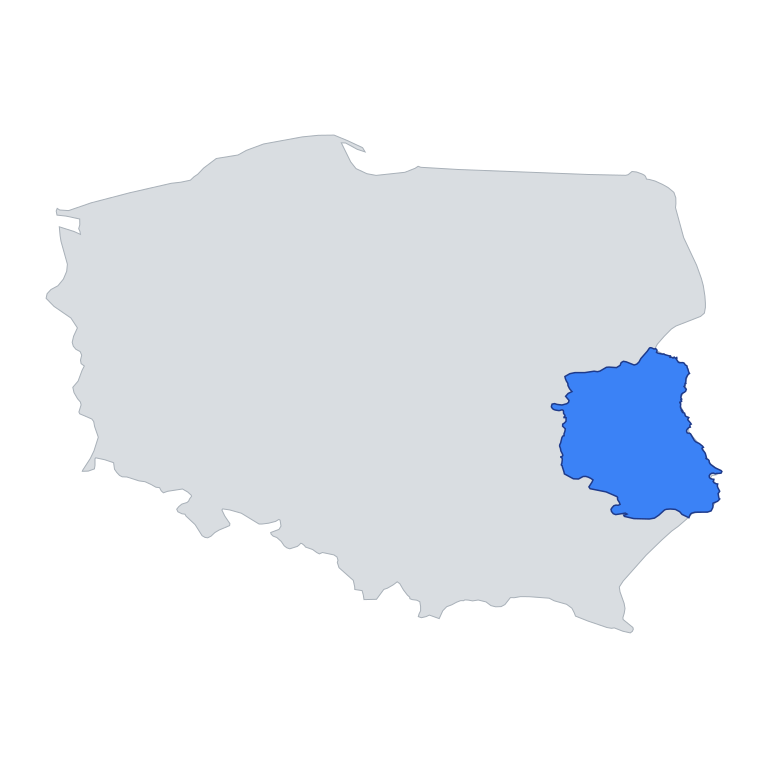 Lublin highlighted on a map of Poland
{"feature_id": "POL-3151", "entity_name": "Lublin", "entity_type": "Voivodeship", "adm_level": 1, "iso_a3": "POL", "parent_name": "Poland", "parent_adm1": "", "projection": "equal_earth", "projection_center": [23.045, 51.304], "detail": "fine", "context": "in_parent", "style": "filled", "palette": "blue", "viewbox_px": 768, "rotation_deg": 0, "n_neighbors": 0, "source": "natural_earth", "source_scale": "10m", "svg_char_len": 7445}
<svg xmlns="http://www.w3.org/2000/svg" viewBox="0 0 768 768"><path d="M684.9,414.3L688.5,420.3L690.0,424.9L688.5,428.6L689.0,432.3L702.6,448.2L707.8,459.7L711.1,464.3L718.7,470.1L719.4,472.5L716.4,474.8L711.9,475.6L710.7,477.7L715.4,483.2L718.7,492.4L718.5,499.9L715.9,501.8L712.7,506.3L710.5,510.4L692.5,513.3L688.2,517.7L678.4,526.2L671.7,531.1L661.8,540.0L646.1,555.2L623.2,581.0L619.3,587.0L620.0,591.8L624.1,603.3L625.0,608.5L624.2,613.3L622.9,617.6L623.1,619.5L632.9,627.5L633.3,629.2L632.4,631.3L630.3,632.9L622.8,631.2L614.3,627.9L611.5,628.3L606.9,627.5L588.1,621.1L575.5,616.1L574.3,612.9L571.9,608.2L566.6,604.3L554.2,600.8L549.2,598.2L529.2,596.7L520.5,596.6L514.3,597.7L510.4,597.6L504.9,604.6L501.1,606.6L495.6,606.8L490.9,605.6L486.0,601.9L478.2,600.0L472.6,600.9L468.4,600.1L464.8,599.9L463.6,600.7L460.7,600.6L456.4,602.3L451.8,604.8L446.7,606.7L442.8,610.7L439.2,618.6L429.4,615.1L426.1,616.6L421.4,617.7L418.3,616.6L419.1,613.8L420.6,610.8L420.6,606.5L419.8,601.7L416.8,600.2L412.2,599.6L409.9,598.7L409.7,597.1L407.4,595.1L403.5,590.0L399.8,583.7L397.2,581.8L393.3,584.8L387.4,588.2L383.8,589.4L376.5,599.3L364.0,599.6L363.3,595.0L362.1,590.6L354.8,589.5L354.7,586.9L353.3,580.4L339.0,567.7L337.3,562.4L338.0,560.3L337.0,557.0L333.9,554.9L322.4,552.5L319.4,553.9L316.7,552.5L312.6,549.5L305.4,547.0L304.6,545.7L302.0,543.6L300.6,543.3L299.6,544.6L297.4,546.4L289.8,548.8L286.8,547.8L284.2,545.8L281.2,541.4L276.8,537.5L273.1,536.1L271.1,534.1L270.7,532.5L279.0,529.4L281.0,526.1L280.1,520.2L278.9,519.4L275.6,521.4L268.6,523.2L262.2,524.0L259.0,524.0L241.3,513.2L229.6,509.9L222.7,508.9L221.9,510.0L224.8,516.1L229.9,523.6L229.6,525.6L219.2,530.0L214.8,532.6L211.0,536.2L207.7,537.8L205.0,537.4L202.1,535.7L195.1,524.6L186.0,516.1L185.0,514.2L182.0,513.8L177.9,511.8L176.7,509.2L178.9,506.5L181.8,504.1L187.0,502.5L188.6,501.1L189.6,498.9L191.6,496.2L191.2,495.2L187.7,492.0L182.5,489.0L167.6,491.3L163.4,492.8L161.2,490.8L159.6,487.7L155.9,487.2L150.9,484.4L145.0,481.7L139.1,480.9L126.9,477.0L122.2,476.8L119.5,475.4L116.8,472.5L114.5,469.2L113.6,462.7L104.6,459.7L95.7,457.8L95.0,458.8L95.0,465.4L94.4,468.9L88.3,471.1L82.3,471.3L82.7,470.2L90.4,458.3L94.0,450.8L98.3,437.2L94.6,426.5L93.7,421.5L91.8,419.0L79.7,413.8L78.9,412.0L81.1,404.9L80.4,402.0L77.6,398.8L74.0,392.6L72.8,387.3L78.1,381.1L82.1,370.3L84.3,366.0L81.1,363.6L80.5,360.1L81.7,355.2L80.2,351.6L75.9,349.3L73.3,346.2L72.2,342.3L73.6,336.2L77.4,327.9L70.9,318.0L54.0,306.4L46.1,298.3L47.1,293.7L51.0,289.5L57.9,285.8L63.4,279.1L66.7,271.3L67.4,264.2L61.0,241.3L60.1,235.6L59.3,226.8L74.3,231.6L80.5,234.4L79.9,231.3L78.7,228.7L79.8,224.8L79.7,219.0L66.1,216.1L57.0,215.1L56.2,211.0L57.2,208.4L59.7,210.0L68.6,210.6L91.2,202.8L130.0,192.7L171.2,183.3L180.8,182.2L190.4,180.2L194.1,176.7L197.7,174.3L203.6,168.1L216.3,158.5L238.0,155.0L246.3,150.4L263.5,144.0L302.2,136.9L318.4,135.3L334.1,135.1L347.9,140.8L362.6,147.7L365.1,151.9L357.2,149.3L345.6,143.0L341.3,142.8L350.7,161.9L356.0,168.6L366.9,173.7L376.1,175.4L404.9,172.3L415.1,168.3L418.1,166.3L420.8,167.3L458.2,169.5L588.4,174.5L625.8,175.3L628.1,174.7L632.0,171.5L636.6,172.0L642.1,174.0L644.7,175.4L645.8,177.1L646.5,179.1L649.5,179.5L655.0,181.0L662.5,184.4L668.3,187.7L673.9,192.4L675.8,197.8L675.9,203.8L675.5,207.7L683.7,237.7L696.6,265.2L701.4,278.6L703.3,285.7L704.9,296.1L705.4,303.3L705.4,307.4L704.4,313.1L700.6,316.4L676.0,326.0L671.4,329.0L664.1,336.4L657.4,344.1L655.9,346.8L655.5,348.5L657.0,351.0L665.8,355.2L674.7,358.5L677.6,361.0L684.2,364.2L686.6,367.0L687.9,369.5L687.8,375.3L684.9,383.3L686.1,389.3L683.1,393.3L680.7,397.8L680.3,405.7L684.9,414.3Z" fill="#d9dde1" stroke="#a8b0b8" stroke-width="1"/><path d="M655.5,348.6L656.0,349.0L656.8,349.8L657.0,350.9L656.5,352.4L658.0,353.2L662.9,354.2L663.9,353.9L664.8,354.6L669.0,355.8L670.4,355.9L670.4,356.5L669.9,357.2L670.1,357.4L671.1,357.1L672.0,357.4L672.6,357.9L673.2,358.0L674.1,357.1L674.4,357.5L675.1,357.9L675.5,358.3L676.7,357.5L676.9,358.1L676.7,359.1L676.5,359.4L678.4,362.3L679.7,362.7L682.9,362.6L684.2,363.2L684.6,363.8L685.0,364.5L685.4,365.1L686.0,365.3L686.8,365.7L687.1,366.7L687.2,367.7L687.8,368.8L688.7,372.0L689.5,373.5L688.5,374.1L687.6,375.2L686.3,377.6L685.9,379.1L685.8,381.9L685.4,382.9L685.7,383.0L685.8,383.0L685.9,383.5L685.0,383.8L684.8,385.7L684.0,386.4L685.1,387.9L686.3,389.3L685.6,391.3L684.3,392.3L682.9,393.0L681.7,394.0L681.4,394.6L681.2,395.5L680.8,397.5L681.0,398.0L681.5,398.6L681.7,399.1L681.0,399.3L680.8,399.6L681.0,400.1L681.4,400.7L681.7,401.1L680.9,401.9L680.5,402.1L679.8,402.2L679.8,402.8L680.6,403.5L680.7,404.3L680.4,406.7L680.6,407.9L681.2,409.1L682.7,411.1L682.2,411.2L681.8,411.1L682.6,412.5L683.7,412.8L684.6,413.2L684.9,414.4L685.0,414.9L685.5,416.1L686.6,416.7L687.8,417.1L688.8,417.6L687.7,419.3L687.8,419.8L690.6,423.1L691.2,424.1L690.4,424.4L689.9,425.0L689.8,425.9L690.3,427.1L689.0,427.5L687.8,428.5L686.9,429.7L686.5,430.9L687.0,432.7L688.0,433.2L689.4,433.2L690.5,433.8L694.3,440.4L695.9,441.9L699.4,443.6L702.6,446.2L703.4,447.3L702.3,447.8L702.0,448.6L703.0,450.3L704.8,452.5L705.4,453.7L706.3,457.3L706.3,457.8L706.0,458.5L706.5,458.9L707.4,459.1L708.2,459.6L709.0,460.5L709.2,461.2L709.2,462.0L709.6,463.1L710.7,464.5L715.3,467.9L721.0,470.5L721.9,471.5L721.1,473.1L719.0,473.4L716.7,473.4L715.3,473.9L713.5,473.1L711.6,473.3L710.1,474.3L709.2,475.8L709.4,477.4L710.4,478.5L712.0,479.1L713.9,479.3L713.9,479.9L713.1,481.4L714.0,482.7L715.9,483.7L717.7,484.0L717.3,486.0L717.9,487.8L719.7,491.2L719.7,491.3L718.1,493.5L718.8,497.6L719.3,498.8L719.7,499.0L718.7,500.2L717.5,501.3L713.0,503.2L712.9,504.3L713.0,505.9L712.9,507.1L712.6,508.0L711.1,510.9L707.5,512.1L695.0,512.2L692.6,512.9L691.4,513.3L690.5,514.1L689.8,515.4L688.9,517.7L682.0,514.4L679.7,511.7L675.4,509.4L670.3,509.0L666.4,509.3L664.6,509.9L658.9,515.1L654.5,518.1L649.3,519.0L633.8,518.6L624.4,516.4L623.7,515.1L626.1,514.6L627.1,514.1L625.3,513.1L615.7,514.6L613.3,513.7L611.5,511.5L611.0,509.3L612.2,507.5L613.9,505.7L616.0,505.1L618.2,505.3L620.1,504.4L619.3,502.3L617.7,499.8L617.5,498.6L617.6,497.4L616.9,496.6L606.1,491.9L590.1,488.7L588.9,486.9L592.0,482.1L593.0,479.9L590.8,478.4L588.4,477.2L585.8,476.4L583.1,476.5L578.5,479.0L573.4,478.8L564.4,473.9L564.0,472.0L562.3,466.7L562.2,465.9L562.1,465.6L561.8,465.4L561.4,465.2L561.3,464.7L561.4,464.1L561.6,463.9L561.7,463.7L561.8,463.5L562.3,459.7L562.1,458.0L560.9,457.3L560.9,456.7L561.4,456.6L562.0,456.4L562.5,456.0L562.8,455.5L562.6,454.3L560.9,451.0L560.4,448.2L559.8,446.7L559.6,446.0L559.7,445.0L560.0,444.2L560.6,443.0L561.9,437.6L562.7,436.2L563.4,435.8L564.1,435.7L564.0,433.9L564.9,431.3L565.3,428.8L562.6,426.2L562.7,424.1L564.3,423.1L566.0,421.3L566.1,417.7L564.0,417.6L564.0,417.0L565.1,416.0L564.8,415.0L563.6,413.5L563.5,412.2L563.5,411.3L563.3,410.5L562.3,409.9L561.6,409.9L559.9,410.5L558.7,410.6L555.2,410.0L553.3,409.3L552.3,408.3L551.5,407.2L551.4,406.3L552.1,404.1L554.6,403.6L557.0,404.4L562.0,405.0L566.8,403.7L568.5,402.4L569.0,400.4L565.6,396.3L568.2,393.4L572.0,391.6L569.6,388.8L568.0,385.6L567.8,383.3L566.4,381.1L565.4,378.7L564.9,376.5L569.8,373.7L575.0,372.6L584.8,372.6L594.1,371.2L597.5,371.7L599.9,371.1L606.4,367.3L609.0,367.1L616.5,367.6L620.2,365.3L620.6,364.0L621.0,362.9L622.1,362.0L623.4,361.3L626.1,361.8L634.1,365.0L636.7,364.2L639.0,362.0L640.9,358.5L647.3,351.2L649.5,348.0L650.4,347.7L651.7,347.9L653.8,348.9L655.0,348.9L655.5,348.6Z" fill="#3b82f6" stroke="#1e3a8a" stroke-width="1.5"/></svg>